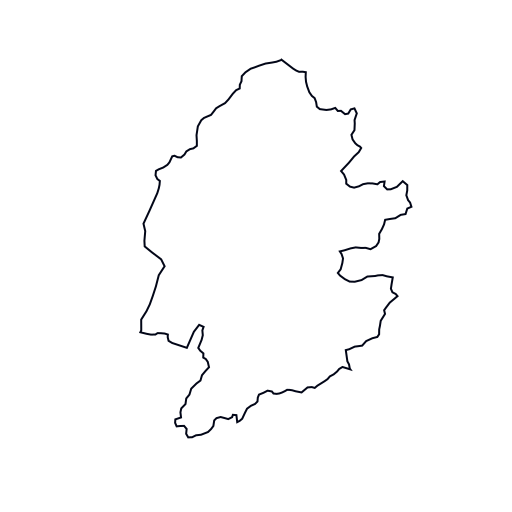 Raub, Pahang, Malaysia (Robinson projection), rotated 50°
{"feature_id": "92858781B38754902087589", "entity_name": "Raub", "entity_type": "district", "adm_level": 2, "iso_a3": "MYS", "parent_name": "Malaysia", "parent_adm1": "Pahang", "projection": "robinson", "projection_center": [101.866, 3.837], "detail": "fine", "context": "isolated", "style": "outline", "palette": "ink", "viewbox_px": 512, "rotation_deg": 50, "n_neighbors": 0, "source": "geoboundaries", "source_scale": "gbopen_adm2", "svg_char_len": 3475}
<svg xmlns="http://www.w3.org/2000/svg" viewBox="0 0 512 512"><g transform="rotate(50 256 256)"><path d="M144.4,291.2L152.9,308.6L158.9,321.4L165.8,324.9L172.6,331.7L177.1,335.1L186.2,333.4L197.6,330.8L205.1,332.6L208.2,342.8L215.0,352.3L220.3,360.8L224.8,368.5L227.9,375.4L230.9,384.8L239.2,391.7L240.1,393.6L245.3,389.8L248.7,387.0L251.5,383.5L251.8,381.0L253.9,378.6L256.7,375.8L259.5,374.0L261.4,375.8L264.8,377.5L268.8,376.1L281.9,368.0L274.1,352.3L272.2,343.8L276.6,341.7L278.5,344.9L282.5,347.7L285.3,351.6L289.3,359.3L292.7,359.6L296.8,358.9L299.9,361.7L302.6,360.7L306.1,361.0L311.0,363.5L311.6,368.4L312.6,374.0L315.7,378.6L315.4,383.5L316.0,390.9L319.4,396.1L320.3,401.0L324.1,405.2L324.7,411.2L327.2,414.4L331.5,417.2L329.3,422.8L331.8,425.2L335.5,426.3L337.4,423.5L339.9,420.3L343.9,420.3L347.3,423.8L351.4,424.5L351.6,424.2L353.8,421.4L354.8,417.2L357.6,413.0L360.0,405.9L359.7,401.7L358.8,397.9L355.1,393.7L354.8,390.5L356.6,386.6L360.0,384.2L363.1,382.1L364.1,377.9L362.8,375.8L365.3,373.3L371.2,377.2L371.8,374.4L371.8,371.2L369.0,365.2L367.2,361.0L367.5,356.1L368.7,351.9L368.4,348.4L365.6,345.6L364.1,342.8L365.6,338.2L366.6,333.7L370.0,330.9L372.6,331.0L374.9,328.8L376.3,326.5L377.3,323.8L378.1,320.7L378.5,318.2L380.1,316.4L382.1,314.6L385.1,312.6L389.8,308.8L389.8,306.7L389.8,301.0L392.3,297.5L394.8,295.8L394.8,292.3L396.0,283.9L396.3,280.3L395.7,276.8L396.6,272.6L396.6,268.1L396.0,264.9L396.6,261.1L403.5,256.6L402.5,256.5L398.8,254.4L395.4,253.7L385.8,247.7L387.3,244.6L388.9,238.6L390.7,235.8L392.9,232.3L392.0,226.3L393.8,219.7L396.0,215.1L395.1,212.0L391.4,208.8L389.2,206.0L385.8,202.1L383.3,194.4L379.9,192.7L379.0,189.2L377.7,183.5L377.7,173.4L374.9,173.4L371.5,174.8L367.8,173.7L364.7,170.2L360.3,165.0L355.7,168.8L352.0,171.3L349.2,175.1L347.9,177.6L343.3,183.9L342.3,190.6L339.2,196.9L335.8,200.7L330.9,202.8L325.0,204.2L321.6,204.2L320.6,199.7L316.9,194.4L313.8,190.9L309.5,189.2L306.4,188.8L308.5,184.6L311.0,178.6L313.5,174.1L317.5,170.2L320.3,166.7L324.4,163.9L325.6,157.6L324.4,153.4L322.2,150.6L318.2,147.4L316.3,142.2L314.1,137.6L311.3,133.8L313.8,129.5L316.6,125.0L317.5,118.7L320.0,114.5L316.9,109.6L318.2,105.3L314.1,103.6L311.0,103.6L306.1,101.8L303.0,98.0L298.9,94.5L293.0,95.5L293.3,99.7L293.6,103.6L291.5,109.9L289.3,112.7L284.7,113.1L281.6,109.6L279.1,113.4L279.1,116.9L275.3,120.1L272.2,123.6L269.8,127.8L268.8,132.3L266.7,136.9L263.3,139.4L258.6,140.4L255.8,138.0L250.2,136.2L245.6,136.2L244.3,125.0L242.8,116.9L242.5,110.6L240.9,106.0L239.1,106.0L236.3,107.1L233.5,107.5L228.8,107.1L224.5,105.0L222.9,99.7L218.0,95.2L215.2,93.1L211.5,87.1L206.2,85.7L204.6,89.2L206.2,93.8L204.6,96.6L199.4,97.6L197.5,100.1L193.5,100.1L191.9,104.3L189.4,108.2L184.5,112.7L180.7,113.4L176.7,111.0L172.7,109.6L169.3,110.3L164.9,109.9L159.0,107.8L154.7,105.7L150.7,102.9L147.2,99.7L144.8,101.8L142.6,104.6L139.8,106.0L136.4,107.1L122.0,110.3L122.1,110.6L120.3,115.5L118.1,119.4L114.7,125.0L112.2,131.3L110.6,135.9L109.1,139.7L108.5,146.0L109.1,151.3L112.8,154.8L114.4,158.3L117.2,160.8L116.2,164.6L116.8,169.5L118.4,176.5L119.0,181.4L117.8,187.4L117.2,191.6L118.1,195.5L119.0,199.7L116.8,207.0L116.8,210.6L119.3,217.2L125.2,223.9L129.9,227.4L133.6,230.5L133.3,234.8L131.7,237.9L131.1,242.1L132.3,245.6L132.3,250.2L129.9,252.6L126.8,254.0L125.8,256.1L128.6,262.1L129.2,265.3L128.6,270.2L127.1,274.7L126.5,277.9L129.6,281.1L133.6,282.1L136.7,281.4L139.5,284.2L141.7,287.0L144.4,291.2Z" fill="none" stroke="#020617" stroke-width="2"/></g></svg>